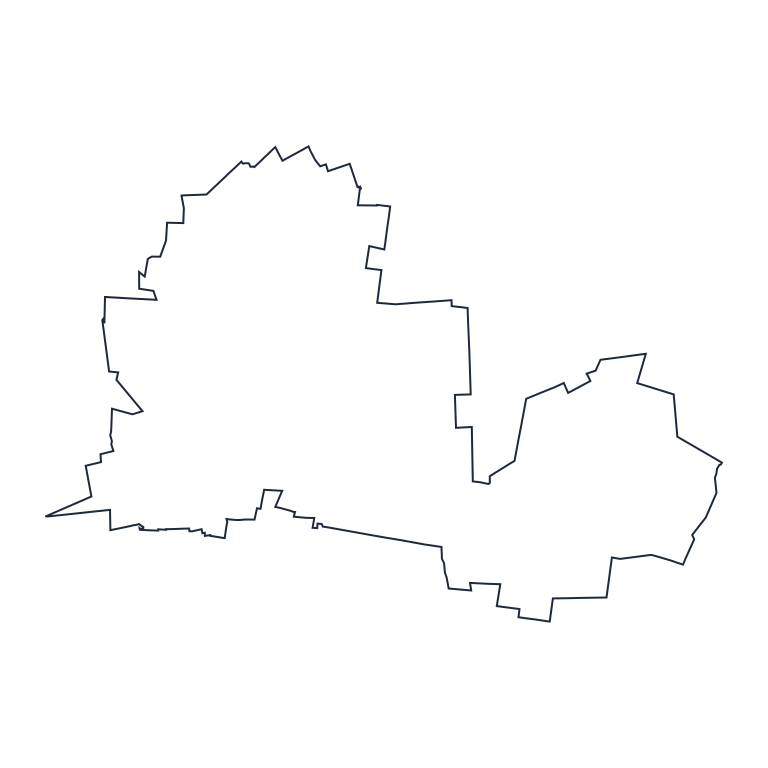 Llera, Tamaulipas, Mexico
{"feature_id": "50627088B23669554606070", "entity_name": "Llera", "entity_type": "district", "adm_level": 2, "iso_a3": "MEX", "parent_name": "Mexico", "parent_adm1": "Tamaulipas", "projection": "mercator", "projection_center": [-98.912, 23.298], "detail": "fine", "context": "isolated", "style": "outline", "palette": "slate", "viewbox_px": 768, "rotation_deg": 0, "n_neighbors": 0, "source": "geoboundaries", "source_scale": "gbopen_adm2", "svg_char_len": 4235}
<svg xmlns="http://www.w3.org/2000/svg" viewBox="0 0 768 768"><path d="M46.1,516.3L47.5,516.5L95.4,511.4L110.0,509.9L110.4,530.2L131.6,525.8L132.4,525.5L132.5,525.4L136.1,524.9L136.3,524.8L137.7,524.5L138.0,524.4L138.5,524.3L138.7,524.2L138.9,524.1L139.8,524.5L140.2,525.0L141.8,526.2L143.3,526.9L143.4,528.0L143.1,528.5L141.2,528.9L140.6,528.9L139.5,528.1L139.6,528.8L140.0,529.8L144.2,530.0L147.5,530.2L148.3,530.2L149.1,530.3L149.4,530.3L152.2,530.4L153.5,530.4L154.7,530.5L158.2,530.6L158.2,529.3L165.9,529.8L165.9,529.1L166.2,529.1L166.9,529.1L167.0,529.2L174.8,529.0L182.4,528.7L189.1,528.5L189.4,531.2L192.2,531.3L201.6,529.2L202.4,533.2L204.8,532.8L204.9,535.9L210.3,535.1L210.3,535.9L212.6,536.2L218.9,537.2L222.8,537.9L224.7,538.1L225.6,531.8L226.7,524.8L226.9,523.7L227.3,522.0L226.5,519.0L229.6,519.4L234.8,519.9L236.2,520.0L240.0,520.0L243.8,519.6L245.8,519.5L254.5,519.6L257.0,508.3L260.5,508.8L262.4,498.4L263.7,492.2L264.1,489.8L282.2,490.8L278.1,500.3L277.5,501.8L277.2,502.4L275.3,506.9L280.8,508.1L281.3,508.3L281.8,508.3L282.3,508.6L284.4,509.1L289.1,510.4L289.6,510.5L290.1,510.7L292.1,511.3L293.2,511.9L295.0,512.0L293.8,516.7L305.9,517.8L314.3,518.0L312.6,527.8L317.2,528.1L317.5,523.6L321.7,524.0L322.8,526.6L328.2,527.4L339.9,529.5L375.1,535.8L385.9,537.7L399.4,539.9L424.7,544.5L426.8,544.8L433.7,545.8L434.8,545.9L436.1,546.2L436.4,546.2L441.0,546.9L441.5,547.0L441.5,548.1L441.7,552.1L441.9,558.0L442.1,559.2L442.4,559.9L443.6,562.2L443.9,562.9L444.1,563.6L444.9,572.4L445.1,573.2L446.6,577.4L448.7,588.5L471.2,590.5L470.0,582.9L477.4,583.3L488.2,583.8L490.5,583.9L500.3,584.2L496.8,606.1L518.3,608.9L519.5,609.1L518.5,617.2L521.9,617.7L524.6,618.1L535.5,619.5L549.7,621.6L552.9,598.4L568.3,598.2L580.7,597.9L606.5,597.5L611.9,557.5L620.2,558.9L646.3,555.5L651.3,554.9L658.0,556.7L672.4,561.0L675.9,562.3L683.0,564.6L685.5,558.6L694.2,539.4L692.2,534.9L705.8,517.5L716.5,492.9L714.9,477.6L716.4,473.7L717.0,468.8L719.4,464.9L720.9,464.5L721.9,462.6L677.3,436.7L677.3,436.3L676.3,424.6L673.7,394.4L637.2,383.1L645.8,353.8L600.5,359.8L595.6,370.7L586.7,373.6L590.4,381.0L568.1,392.9L563.8,383.0L558.9,385.3L553.1,387.9L550.9,388.7L540.3,393.0L526.2,398.8L525.5,402.6L521.4,424.6L518.3,440.5L515.9,453.5L514.5,460.9L508.5,464.5L503.4,467.7L499.0,470.4L495.2,472.8L489.8,476.2L489.8,483.0L488.4,484.0L481.8,482.6L480.0,482.2L472.8,481.4L471.8,427.0L456.0,427.8L455.8,421.9L454.9,394.9L470.7,394.4L470.1,375.2L469.4,353.0L468.1,322.7L467.6,308.0L465.0,307.7L464.6,307.6L461.3,307.2L460.4,307.1L458.5,306.9L451.7,306.1L451.5,300.2L439.1,301.1L432.6,301.6L432.0,301.6L420.5,302.4L412.3,303.0L408.3,303.3L406.5,303.5L404.4,303.6L402.1,303.8L395.6,304.3L377.2,302.8L381.2,271.7L381.5,270.1L365.9,268.1L366.3,265.3L369.3,246.1L376.0,247.6L384.3,249.5L385.1,244.2L386.4,234.1L388.2,220.9L388.6,218.7L388.8,216.9L389.5,211.9L390.2,206.5L377.1,204.9L377.0,205.5L357.8,205.3L359.9,188.8L360.9,188.6L360.3,186.7L358.5,187.3L358.3,186.7L357.5,187.0L357.1,185.8L352.2,171.2L349.7,163.8L328.0,171.2L325.9,164.4L320.2,166.3L315.1,159.9L311.2,152.4L310.8,151.8L308.5,146.4L307.1,147.2L297.9,152.3L282.5,160.7L279.2,154.7L275.3,147.1L272.6,149.6L271.8,150.4L267.2,154.8L266.3,155.6L263.9,157.9L262.2,159.6L259.9,161.8L257.1,164.4L254.5,167.0L254.3,167.1L253.9,166.6L253.5,166.5L253.0,166.6L250.9,166.8L250.6,166.7L250.4,166.7L249.3,164.2L249.0,163.7L248.6,163.4L248.2,163.3L246.1,163.2L245.8,163.2L245.4,163.2L243.8,163.5L243.3,163.6L243.2,163.6L242.8,163.5L242.7,163.5L242.6,163.4L242.4,163.2L241.9,162.2L241.4,161.5L241.0,161.8L240.7,162.2L240.1,162.8L239.5,163.3L238.0,164.8L233.4,169.1L227.7,174.4L222.7,179.2L206.5,194.5L182.9,195.4L181.5,195.6L183.9,208.5L183.7,212.4L183.3,223.1L167.1,222.7L166.0,240.7L160.2,256.7L151.9,256.6L149.2,258.0L147.8,259.1L144.7,276.6L139.1,272.0L139.2,288.7L153.4,290.9L156.5,299.8L133.3,298.6L105.0,297.0L104.4,322.4L103.7,322.3L103.9,318.0L102.3,320.1L104.6,337.2L109.1,371.5L112.1,371.8L118.2,372.4L116.4,379.8L116.5,379.9L142.5,411.2L132.4,414.3L118.9,410.6L112.0,408.7L111.4,424.6L111.4,426.2L111.1,431.7L110.2,435.3L111.9,441.1L111.3,444.4L113.4,451.0L100.5,454.2L101.0,462.1L85.7,465.8L89.7,487.3L91.4,496.5L46.1,516.2L46.1,516.3Z" fill="none" stroke="#1e293b" stroke-width="2"/></svg>